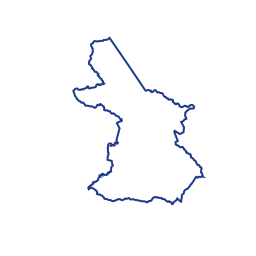 the district of Xapuri, Acre, Brazil, rotated 56°
{"feature_id": "56859067B13155067535886", "entity_name": "Xapuri", "entity_type": "district", "adm_level": 2, "iso_a3": "BRA", "parent_name": "Brazil", "parent_adm1": "Acre", "projection": "mercator", "projection_center": [-68.519, -10.611], "detail": "fine", "context": "isolated", "style": "outline", "palette": "blue", "viewbox_px": 256, "rotation_deg": 56, "n_neighbors": 0, "source": "geoboundaries", "source_scale": "gbopen_adm2", "svg_char_len": 5882}
<svg xmlns="http://www.w3.org/2000/svg" viewBox="0 0 256 256"><g transform="rotate(56 128 128)"><path d="M88.5,147.8L90.4,145.3L92.7,144.3L92.9,143.1L92.6,142.6L92.4,141.5L91.9,141.0L91.7,140.3L92.0,139.8L92.9,139.3L93.2,138.9L93.3,138.4L92.7,138.0L92.7,137.4L93.2,137.2L94.6,136.9L96.2,136.2L96.8,136.1L97.3,136.5L98.5,136.6L99.4,137.2L99.6,137.6L100.2,137.4L100.8,137.0L101.7,135.3L103.2,134.8L103.7,133.9L104.1,133.5L105.6,133.8L106.2,133.7L106.8,133.2L107.3,133.2L107.6,131.9L108.8,131.6L109.6,131.1L111.0,131.1L112.1,130.4L112.9,129.6L113.5,129.4L114.6,129.6L116.0,129.3L116.7,129.0L116.9,128.5L118.6,129.1L118.6,129.8L118.2,130.1L118.1,130.7L118.2,131.3L117.8,132.2L117.7,134.5L123.6,135.2L131.7,144.4L133.1,144.8L134.5,144.6L135.0,145.4L134.7,146.0L133.2,146.2L133.0,147.3L134.1,148.2L134.3,148.8L134.8,148.9L134.5,149.8L133.9,149.7L133.4,150.2L133.2,151.0L133.4,151.6L133.2,152.0L132.4,150.7L131.5,150.7L130.5,152.0L130.3,152.6L130.9,154.0L131.7,154.2L133.3,156.2L134.5,156.4L136.5,158.0L136.9,158.2L137.3,158.0L138.9,158.7L139.4,159.9L140.1,160.6L142.9,162.7L143.6,162.3L146.1,159.9L149.1,161.2L150.5,161.4L151.1,163.6L153.9,166.2L154.6,166.3L154.5,167.0L154.1,167.5L154.5,168.1L154.6,168.8L154.0,168.9L153.8,169.9L154.3,170.6L154.9,170.9L154.6,171.3L154.8,172.1L154.2,173.3L153.3,173.9L152.3,174.1L151.9,174.5L151.7,174.9L152.9,175.7L151.8,176.2L151.7,176.6L152.1,177.1L152.0,177.6L151.6,178.1L152.8,178.3L152.2,178.8L152.8,179.7L153.1,180.7L154.3,181.9L154.6,183.0L154.3,183.4L154.6,184.5L154.3,185.1L154.4,186.1L154.2,186.6L153.5,186.7L153.8,187.7L154.5,188.0L154.5,188.4L155.0,188.8L154.6,189.6L154.9,190.3L154.7,191.0L154.9,191.4L154.9,193.3L155.3,194.3L156.8,194.8L156.9,194.2L156.5,193.2L156.8,192.3L157.2,191.6L158.4,190.8L160.7,189.8L162.5,189.3L164.2,189.5L164.6,189.8L164.7,190.3L165.2,190.6L165.8,190.4L166.3,190.1L166.9,189.0L167.5,188.5L168.8,188.0L169.1,187.5L170.0,187.2L171.3,187.1L172.1,186.8L172.5,187.1L173.6,186.9L174.0,186.7L174.7,186.0L174.9,185.3L175.6,184.8L176.1,184.8L176.7,184.4L178.5,182.4L179.5,182.1L180.0,181.7L181.0,179.7L181.0,178.6L181.2,177.6L181.5,177.0L181.4,176.4L182.2,174.8L182.7,174.5L183.2,173.9L183.9,173.8L184.5,173.4L185.1,171.1L184.9,169.8L185.7,169.2L185.9,168.8L186.5,166.5L188.3,166.1L189.1,165.2L190.0,163.4L191.4,162.5L192.2,161.5L192.4,161.1L194.3,159.7L195.0,158.6L195.9,158.1L198.5,154.8L200.0,154.1L200.4,153.4L200.2,151.5L200.6,151.1L200.6,150.5L201.2,149.8L201.3,149.2L200.3,147.6L200.1,146.1L199.9,145.6L200.2,145.1L200.4,144.1L201.7,143.0L201.6,142.5L202.1,142.4L203.2,141.2L203.9,140.8L204.6,139.9L204.6,139.4L206.2,139.2L206.5,138.8L206.8,138.2L207.9,137.3L209.1,137.3L211.3,136.4L211.6,136.0L211.4,135.6L211.6,135.0L212.2,135.0L212.7,134.7L213.0,134.1L214.6,133.7L215.0,134.0L215.7,134.1L216.0,133.6L215.7,133.2L215.8,132.7L215.0,131.5L214.9,128.2L214.0,126.6L218.3,125.6L218.8,125.1L216.3,123.1L216.1,122.5L214.3,121.4L213.7,120.8L213.5,119.8L213.6,118.6L212.1,117.1L211.7,116.5L211.2,114.4L211.7,112.9L210.8,109.4L210.7,108.9L210.0,108.1L209.8,106.3L206.6,98.9L207.6,98.5L208.1,98.1L207.7,97.2L208.0,96.5L208.8,96.0L209.2,95.5L209.3,94.2L210.3,93.1L209.5,93.3L209.2,92.8L208.7,92.5L208.1,92.5L207.6,92.2L206.9,92.0L205.7,92.3L202.9,90.1L202.8,89.7L202.4,89.4L201.3,89.5L200.6,90.1L199.1,89.8L198.5,89.9L198.1,90.5L197.4,91.0L196.1,91.0L195.0,90.9L194.1,90.5L193.3,90.5L191.9,90.9L191.6,91.2L191.1,91.0L188.9,91.4L187.5,92.2L185.5,91.0L184.5,91.1L184.3,91.7L182.8,92.1L181.7,93.2L181.0,93.4L180.6,92.8L179.7,93.1L179.1,92.9L177.7,93.1L177.1,93.5L176.6,93.2L174.4,93.3L173.9,93.9L173.3,95.4L172.8,95.7L171.6,95.8L171.1,96.0L170.5,96.7L170.1,96.7L168.4,97.7L166.2,96.4L166.6,94.0L157.0,91.8L156.5,90.9L162.0,88.4L162.6,84.4L158.8,81.2L152.7,80.5L153.1,79.6L153.1,77.9L152.5,76.3L153.0,74.5L151.9,74.0L150.2,74.0L149.0,73.3L148.0,72.3L147.4,72.0L147.1,71.2L147.1,70.4L146.8,69.6L146.6,67.8L146.7,66.1L146.6,65.6L148.0,63.6L148.1,62.9L148.4,62.6L148.0,61.9L147.5,61.3L147.0,61.2L145.5,61.4L144.4,62.3L144.1,62.9L144.0,64.8L144.2,66.5L143.3,67.2L142.8,67.2L142.2,67.8L141.6,68.0L141.3,68.6L141.1,70.9L140.7,71.8L140.2,72.3L138.6,73.1L137.3,72.6L135.8,72.8L135.3,73.2L135.1,73.8L135.3,74.4L135.2,74.8L134.2,75.6L133.2,75.4L132.4,75.9L131.5,76.2L130.9,75.7L129.8,75.2L129.2,75.6L129.0,76.3L127.7,76.9L127.3,78.5L126.7,78.7L126.1,78.5L125.6,78.5L124.9,79.3L124.4,79.5L123.7,79.3L121.9,80.4L119.1,80.1L118.4,80.1L117.9,80.4L117.1,81.6L115.7,82.3L115.0,83.8L114.4,83.9L112.5,83.9L111.9,84.3L111.4,85.5L111.8,86.3L111.9,87.5L111.7,88.0L111.3,88.4L110.8,88.6L109.9,88.2L109.5,88.9L108.0,89.6L107.6,90.3L107.0,92.5L106.4,92.6L75.9,92.6L43.0,92.9L43.3,95.4L42.4,97.2L42.2,97.9L41.4,98.9L41.7,100.0L41.5,100.6L40.5,101.8L40.2,102.9L39.2,104.4L38.8,105.6L37.3,106.9L37.2,107.6L37.5,108.8L38.1,109.3L37.8,111.3L38.1,112.0L39.0,112.6L40.4,112.6L41.6,113.0L42.4,112.9L44.8,114.3L46.7,116.5L47.3,119.0L48.3,119.4L49.8,119.8L50.5,121.0L50.8,122.8L52.0,123.4L52.1,123.9L53.0,124.5L53.8,124.5L54.3,124.2L54.6,123.8L55.8,123.9L57.5,123.7L58.3,124.4L59.2,124.4L59.5,123.9L62.5,124.0L63.1,123.9L63.5,123.1L63.9,122.9L64.4,122.7L66.0,122.7L66.5,122.3L67.3,123.6L68.0,123.6L68.5,123.0L69.7,123.4L71.0,123.1L71.5,123.1L72.5,122.6L73.1,123.0L73.9,122.7L75.1,122.8L75.6,123.1L75.8,122.7L76.7,123.3L77.3,123.4L77.9,123.1L77.9,123.7L76.7,125.9L77.0,126.4L76.8,127.0L76.2,127.2L76.1,127.9L75.8,128.3L75.2,128.2L74.6,128.7L74.7,130.2L75.5,131.1L75.9,132.1L74.8,134.8L74.2,135.8L73.7,137.7L73.4,138.1L72.1,138.5L71.4,137.8L70.9,138.2L70.9,138.9L71.4,139.8L71.4,140.5L71.4,141.0L70.8,142.2L71.0,143.7L70.5,144.0L69.9,144.8L69.8,146.2L69.4,146.7L68.2,147.8L67.3,147.8L66.7,148.2L66.2,149.2L66.1,149.9L66.7,152.6L72.4,154.0L74.0,153.8L75.3,154.2L76.4,153.6L77.0,153.8L78.5,153.5L79.1,152.7L80.8,152.5L81.4,152.1L81.5,151.5L81.8,151.0L82.3,150.8L85.6,150.8L86.5,149.5L87.9,148.0L88.5,147.8Z" fill="none" stroke="#1e3a8a" stroke-width="2"/></g></svg>